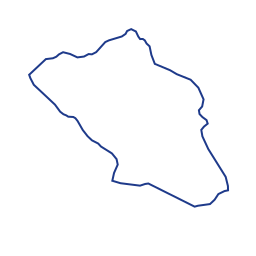 the Province of Chahar Mahall and Bakhtiari, rotated 345°
{"feature_id": "IRN-3218", "entity_name": "Chahar Mahall and Bakhtiari", "entity_type": "Province", "adm_level": 1, "iso_a3": "IRN", "parent_name": "Iran", "parent_adm1": "", "projection": "orthographic", "projection_center": [50.632, 31.874], "detail": "fine", "context": "isolated", "style": "outline", "palette": "blue", "viewbox_px": 256, "rotation_deg": 345, "n_neighbors": 0, "source": "natural_earth", "source_scale": "10m", "svg_char_len": 1017}
<svg xmlns="http://www.w3.org/2000/svg" viewBox="0 0 256 256"><g transform="rotate(345 128 128)"><path d="M156.6,33.3L160.6,36.8L161.6,42.3L162.7,45.2L165.4,45.9L166.9,47.7L167.8,51.2L170.0,54.7L169.5,63.5L170.5,73.0L183.6,83.1L189.0,88.6L201.0,97.6L206.4,107.3L208.4,119.9L205.2,126.4L201.1,129.2L200.7,133.0L202.7,136.7L205.9,140.7L206.1,144.4L201.8,146.3L198.3,148.8L197.7,155.3L200.1,169.1L209.7,200.5L209.5,209.9L208.5,214.1L204.9,213.9L198.2,215.2L193.1,219.7L187.5,222.7L175.5,221.2L172.0,221.2L133.3,186.9L130.1,186.5L124.7,186.8L106.5,179.4L99.2,174.9L102.9,167.8L108.6,160.7L108.9,155.1L105.9,148.4L97.1,138.9L95.2,135.3L90.0,130.6L86.9,125.6L83.8,118.3L81.1,108.1L79.7,104.9L78.0,103.2L73.2,101.6L71.7,99.9L69.2,98.0L66.7,94.7L63.5,86.5L48.2,61.9L46.6,54.6L46.3,51.0L66.5,40.2L73.5,41.2L77.2,40.6L80.4,39.0L84.9,38.0L91.2,41.5L97.4,46.7L104.0,47.6L109.1,46.4L112.2,47.5L116.9,46.5L128.3,39.1L132.3,38.4L145.7,38.0L150.0,36.5L152.2,34.1L156.6,33.3Z" fill="none" stroke="#1e3a8a" stroke-width="2"/></g></svg>